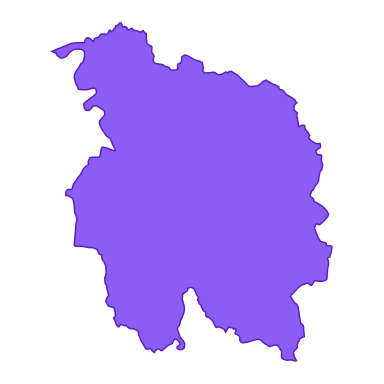 Phu Binh, Thái Nguyên, Vietnam
{"feature_id": "81297802B19798201223775", "entity_name": "Phu Binh", "entity_type": "district", "adm_level": 2, "iso_a3": "VNM", "parent_name": "Vietnam", "parent_adm1": "Thái Nguyên", "projection": "mercator", "projection_center": [105.961, 21.492], "detail": "fine", "context": "isolated", "style": "filled", "palette": "violet", "viewbox_px": 384, "rotation_deg": 0, "n_neighbors": 0, "source": "geoboundaries", "source_scale": "gbopen_adm2", "svg_char_len": 5877}
<svg xmlns="http://www.w3.org/2000/svg" viewBox="0 0 384 384"><path d="M52.0,51.4L55.1,52.6L56.0,53.3L57.0,55.3L59.4,57.2L60.8,58.0L62.2,58.1L66.2,56.5L69.9,52.2L73.1,49.9L75.1,49.3L77.5,49.0L81.5,49.3L84.2,51.4L84.6,52.8L84.1,58.7L82.7,62.5L81.3,63.2L80.5,64.2L79.0,67.3L76.7,70.3L74.6,74.3L74.3,78.0L75.9,83.6L77.6,86.8L78.3,88.8L78.8,89.4L84.6,89.8L87.3,89.6L93.6,88.1L95.1,88.5L95.9,89.3L96.5,92.4L96.2,93.4L94.1,95.5L85.3,102.1L83.9,103.7L83.7,105.2L84.5,108.3L85.7,110.1L86.5,110.4L88.9,110.5L90.8,109.0L92.6,106.4L94.0,105.9L96.2,105.9L97.5,106.3L104.0,110.7L104.5,111.4L104.7,114.3L104.1,116.0L101.4,118.8L99.8,120.9L99.4,123.2L99.7,124.6L101.9,129.3L106.9,136.4L109.9,138.2L112.0,142.6L112.6,144.7L115.3,149.5L115.2,150.6L113.8,150.5L110.0,149.4L108.0,148.3L102.4,147.1L101.9,147.5L101.4,148.4L100.0,156.0L99.4,157.3L91.9,157.2L89.7,158.0L88.3,161.2L88.1,162.3L88.5,163.4L88.3,164.5L87.8,165.2L85.8,166.4L83.1,169.2L80.7,174.2L77.7,177.9L76.1,180.7L73.5,184.0L72.2,188.6L70.4,189.8L68.2,189.3L66.5,190.5L65.8,192.7L65.8,195.6L68.3,195.7L72.2,198.1L72.8,198.8L73.2,199.7L74.3,205.7L74.6,212.2L76.5,216.7L76.5,218.5L77.0,220.1L76.1,223.3L74.2,245.3L75.2,246.1L78.6,246.4L82.0,246.3L88.5,247.5L91.6,247.6L94.3,248.1L96.6,249.3L97.4,250.0L99.2,253.9L101.8,255.3L101.8,257.9L102.4,259.8L104.3,262.4L105.7,265.8L106.2,272.4L105.4,276.2L104.7,277.9L104.9,280.5L105.3,283.6L106.3,284.9L107.3,290.2L108.3,293.7L109.0,294.5L106.2,299.3L105.9,301.7L108.0,305.6L109.8,306.6L112.8,307.2L113.9,308.0L114.2,308.6L114.7,309.9L115.2,312.2L115.4,315.9L114.9,317.0L113.6,317.6L113.7,318.2L115.1,320.8L116.4,324.8L117.0,325.5L118.6,326.9L119.2,326.6L120.5,324.8L121.1,324.5L122.2,324.6L124.1,325.6L126.5,325.8L128.1,327.5L129.8,328.5L130.4,328.7L133.3,328.7L137.8,330.7L138.3,331.4L138.4,333.5L139.0,335.6L141.5,341.5L145.9,348.8L147.5,349.3L149.5,348.5L150.6,348.7L151.7,349.7L152.1,350.7L152.9,351.5L154.4,352.6L155.3,350.8L157.6,348.7L158.6,348.8L161.3,350.7L162.7,350.1L167.5,345.7L172.3,343.4L174.0,339.9L175.1,339.1L176.5,339.3L177.6,340.2L178.8,341.2L179.6,342.9L179.8,343.8L179.4,345.3L177.1,347.0L176.9,347.8L177.4,348.7L179.8,349.7L182.1,349.5L183.6,348.5L184.3,347.4L184.6,345.4L184.6,343.3L183.4,341.0L181.1,338.4L180.0,336.8L177.7,330.3L177.5,328.1L177.9,327.0L179.5,324.9L180.6,320.5L182.0,317.8L183.7,313.2L184.4,309.6L184.2,306.4L182.2,299.0L182.6,294.9L183.6,293.4L187.2,291.0L187.7,289.6L187.7,288.3L191.0,287.3L194.0,288.7L196.5,294.3L198.0,296.4L198.5,297.5L197.6,299.2L197.5,300.1L198.8,301.5L199.2,303.9L200.7,304.8L201.1,305.5L201.5,307.3L202.6,308.9L203.1,310.6L203.7,311.1L205.4,311.6L205.9,316.2L207.0,317.1L208.9,317.2L212.0,320.1L214.2,323.7L215.6,326.9L216.6,327.4L217.4,327.3L218.5,326.7L222.5,328.4L224.2,329.4L225.6,332.2L228.9,326.6L230.0,327.5L232.4,327.9L233.4,329.1L235.3,328.6L236.1,329.5L235.1,333.3L235.8,334.1L238.2,335.2L239.2,336.1L239.7,337.0L239.6,338.9L240.1,341.0L240.9,341.9L242.9,342.9L247.8,342.0L252.5,340.5L256.4,339.6L259.2,339.4L260.4,339.8L263.1,342.4L269.6,346.6L274.5,345.0L277.6,345.4L278.6,346.4L281.4,351.2L281.6,352.2L281.5,356.8L282.0,358.4L283.2,359.1L286.5,360.2L291.5,359.9L295.2,361.0L296.5,360.6L293.9,356.0L293.5,352.2L294.4,350.7L297.4,347.6L297.3,345.9L297.9,342.3L299.3,340.5L299.7,338.8L302.2,337.2L304.3,336.7L303.5,327.1L303.2,325.7L300.6,322.6L300.2,321.3L298.2,307.7L297.5,305.5L296.5,304.0L295.5,303.6L293.9,301.8L290.5,296.3L291.6,294.5L293.0,293.5L297.8,288.1L300.9,285.5L307.1,283.1L307.9,283.1L310.9,285.4L311.6,285.1L312.5,284.2L314.2,281.0L315.5,280.7L319.1,281.3L322.4,281.2L325.5,280.3L326.5,279.6L326.9,278.7L327.6,268.9L328.5,264.5L328.4,261.5L327.6,259.0L327.6,258.1L328.0,257.6L329.9,256.9L330.1,255.2L331.3,251.9L332.0,246.7L330.9,245.9L327.0,245.8L326.5,245.2L326.4,243.9L325.9,243.1L325.1,242.6L321.9,241.9L320.3,241.2L317.7,236.7L314.5,228.3L315.3,225.1L315.9,224.2L317.0,223.9L318.8,224.6L319.8,224.6L325.8,218.9L327.6,216.8L328.4,214.9L328.4,213.6L327.3,212.1L326.9,210.9L322.7,206.6L320.3,204.9L315.4,202.1L313.9,201.8L313.5,199.4L312.6,198.1L310.4,196.5L310.0,195.8L311.8,190.8L313.3,189.7L314.5,187.0L317.7,182.8L318.5,180.7L319.2,175.2L320.0,172.2L320.6,170.9L321.8,169.4L322.7,164.5L321.1,160.2L321.8,155.8L321.4,155.2L320.4,154.8L317.0,154.4L315.7,151.3L316.9,149.9L320.4,147.4L320.6,145.8L320.0,143.5L318.8,143.8L316.6,143.6L314.3,142.8L311.3,140.8L308.7,138.2L308.6,137.5L309.7,135.6L308.2,132.7L307.4,132.0L304.9,128.6L304.6,125.4L302.1,125.2L298.9,126.6L298.6,126.5L297.4,118.0L296.6,116.2L296.6,115.2L297.4,113.0L294.4,110.4L293.8,108.3L294.7,104.9L295.8,103.5L296.8,103.0L294.5,99.5L289.6,96.3L286.6,94.9L282.7,90.1L279.9,89.5L278.8,88.9L278.8,87.0L275.0,84.7L273.3,84.4L265.9,80.0L262.9,81.7L258.8,85.0L256.8,86.0L250.2,86.5L248.4,86.0L245.4,82.7L237.3,75.0L231.2,71.3L228.8,71.8L227.9,72.9L226.8,72.3L225.5,72.1L222.2,74.1L219.5,74.8L218.0,74.7L214.8,72.5L213.3,72.2L208.4,72.8L204.5,73.0L202.7,70.9L203.5,67.2L202.6,64.7L202.2,62.4L199.0,61.0L194.7,59.8L188.6,56.3L185.3,55.0L183.5,55.6L182.0,56.6L181.7,57.6L181.8,59.4L181.2,61.9L180.1,63.0L177.8,64.2L177.5,66.4L177.8,68.8L176.5,69.7L172.9,70.3L171.0,70.0L170.2,69.5L168.9,67.3L165.5,66.6L162.6,64.6L156.5,63.6L154.3,62.9L153.7,62.1L153.2,59.4L154.0,56.7L153.9,56.0L153.6,55.0L152.1,52.9L151.7,51.6L151.9,46.9L151.3,46.1L149.2,45.2L147.1,43.6L146.6,41.8L146.2,33.5L145.2,33.2L143.1,30.5L141.0,32.1L140.5,32.1L137.7,31.1L133.6,30.1L132.0,28.4L128.1,29.8L127.3,29.4L127.0,27.8L126.6,27.3L125.7,26.8L124.3,26.5L122.8,27.1L121.2,23.0L119.3,23.1L118.8,24.4L117.9,25.1L115.8,25.8L115.5,26.3L115.4,27.9L114.2,28.6L112.2,31.3L111.4,31.8L111.0,31.6L110.6,30.5L110.1,30.2L109.4,30.4L107.8,33.4L106.6,34.5L104.7,34.0L100.8,34.2L98.4,37.5L95.1,38.2L94.6,38.7L93.5,41.6L89.5,38.3L88.2,37.7L86.8,37.8L85.3,39.6L84.4,42.7L74.8,42.9L72.6,43.2L69.2,44.3L60.0,48.1L57.7,48.8L52.0,51.4Z" fill="#8b5cf6" stroke="#5b21b6" stroke-width="1.5"/></svg>